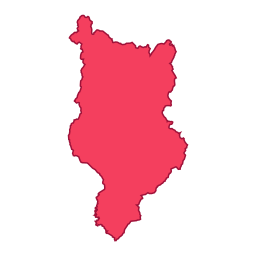 outline of Bagua, Amazonas, Peru
{"feature_id": "86281439B42703841252030", "entity_name": "Bagua", "entity_type": "district", "adm_level": 2, "iso_a3": "PER", "parent_name": "Peru", "parent_adm1": "Amazonas", "projection": "orthographic", "projection_center": [-78.445, -5.117], "detail": "fine", "context": "isolated", "style": "filled", "palette": "rose", "viewbox_px": 256, "rotation_deg": 0, "n_neighbors": 0, "source": "geoboundaries", "source_scale": "gbopen_adm2", "svg_char_len": 5700}
<svg xmlns="http://www.w3.org/2000/svg" viewBox="0 0 256 256"><path d="M178.5,169.3L180.2,169.1L180.2,167.9L181.3,165.7L181.3,164.9L182.5,163.9L183.1,160.6L184.3,159.2L185.5,155.2L184.1,153.5L184.0,152.7L185.6,150.4L185.2,148.6L186.7,147.7L186.8,146.3L187.5,144.9L186.5,144.1L184.8,141.8L184.0,139.9L184.1,138.7L183.3,138.0L182.9,138.4L181.8,138.7L180.1,137.7L179.5,135.6L179.8,133.5L180.3,132.7L178.6,133.4L177.9,132.5L175.9,131.7L174.9,130.3L173.0,129.4L171.9,128.5L171.1,128.8L170.3,128.7L169.1,128.0L168.9,127.7L168.9,126.9L169.8,124.4L171.7,124.2L172.5,123.0L172.7,122.1L171.8,121.5L170.9,121.7L168.6,121.2L167.3,121.6L167.4,120.7L166.6,120.0L165.6,118.0L164.1,116.7L162.4,113.7L162.2,112.5L162.6,110.7L163.5,110.5L163.8,108.1L164.7,107.3L165.3,106.0L167.0,105.6L169.4,105.6L170.7,105.9L171.3,105.1L170.9,103.2L171.3,101.0L169.9,99.7L168.6,98.0L168.2,97.2L167.8,95.3L168.7,92.3L169.4,91.8L169.8,92.1L170.3,92.1L171.1,91.6L171.3,90.9L172.3,90.0L172.6,88.4L173.4,86.2L174.1,86.0L174.6,85.5L174.8,84.6L174.4,80.9L174.6,79.1L175.3,78.2L176.2,77.9L175.2,75.8L171.9,70.5L173.1,69.1L172.4,67.9L172.5,66.6L171.9,66.1L171.5,65.0L169.8,63.4L171.4,62.6L171.9,60.9L173.9,57.3L173.9,56.5L174.6,55.5L174.8,54.2L176.1,51.6L175.4,50.5L174.6,47.7L173.8,46.3L173.7,45.6L173.0,46.0L172.5,45.9L172.4,44.7L172.1,44.3L171.4,44.5L170.8,45.2L169.9,45.1L169.6,44.8L169.5,44.1L169.8,43.6L171.1,42.8L171.1,41.6L169.8,40.8L169.6,40.3L168.7,40.0L168.1,40.0L166.9,40.5L166.5,40.8L166.3,41.5L164.0,44.0L161.8,43.5L160.8,43.6L158.0,44.4L157.4,45.0L157.2,45.6L156.6,46.0L155.5,47.6L154.4,49.7L152.4,52.4L151.8,52.9L151.4,54.1L150.1,55.8L149.9,54.0L148.9,52.7L149.2,50.7L150.2,48.6L148.7,47.3L148.5,45.1L148.2,44.9L147.6,44.7L146.0,47.1L145.1,46.8L143.2,47.5L141.2,46.7L140.4,46.1L139.8,46.1L139.0,46.5L137.8,48.3L135.9,47.8L135.6,47.4L135.5,45.8L132.1,42.4L130.2,43.2L126.4,43.3L125.1,44.3L122.5,44.6L121.2,44.2L120.7,43.4L119.6,43.5L117.6,42.3L115.8,42.0L113.1,42.6L112.7,42.4L112.5,41.0L111.8,40.0L112.1,39.1L111.4,39.0L109.1,37.2L108.2,35.1L107.5,34.9L102.8,31.1L99.5,30.9L98.9,30.3L97.0,29.9L95.2,31.6L95.0,32.2L93.9,32.8L93.8,34.0L93.2,34.3L92.4,34.2L91.8,33.7L91.6,32.0L91.8,29.8L91.4,27.8L90.7,26.6L91.0,26.1L91.2,24.3L92.1,23.6L92.1,21.7L90.2,20.5L89.7,19.7L89.0,17.3L88.5,16.8L87.9,16.5L86.8,17.4L85.2,17.3L84.0,15.6L83.2,15.4L81.8,15.6L80.0,17.1L79.6,18.5L77.8,20.5L77.4,21.6L77.3,22.5L78.0,24.3L77.6,25.2L78.1,25.7L78.4,26.8L77.2,28.3L77.8,29.9L78.5,30.5L78.5,31.0L77.4,31.3L77.1,32.1L76.3,32.6L75.0,32.3L74.0,32.8L73.6,33.7L72.7,34.0L71.3,35.1L70.0,36.7L69.4,37.9L70.8,39.1L71.3,40.5L71.9,41.0L72.9,41.6L74.0,41.4L74.4,42.4L76.3,43.7L77.1,44.0L78.3,42.6L79.3,42.2L81.8,44.0L81.0,46.2L81.1,47.8L80.7,48.7L81.3,49.2L82.2,49.3L82.9,51.7L82.7,52.2L81.8,52.4L81.4,52.9L80.7,55.1L80.5,58.3L81.3,59.3L83.5,59.2L83.0,60.7L83.0,62.5L84.4,64.2L84.9,64.4L83.4,67.0L81.9,68.7L81.0,70.7L81.3,71.6L81.2,72.4L81.9,73.5L82.1,75.8L82.9,76.9L82.3,77.8L81.9,79.6L80.7,80.9L80.4,85.2L80.5,86.3L81.2,86.7L81.3,87.0L80.5,89.9L79.6,92.0L78.9,92.4L77.5,95.6L77.2,97.5L75.5,99.1L75.4,99.8L74.9,100.1L74.4,101.0L74.5,101.2L75.2,101.3L75.5,102.1L76.6,103.0L77.7,102.6L78.9,102.6L79.3,102.9L79.1,104.6L79.9,106.6L80.9,107.9L81.0,109.2L80.8,110.8L81.2,111.6L81.3,113.0L81.1,113.4L80.1,114.0L79.3,116.9L78.2,119.1L77.2,119.3L76.5,119.1L75.7,119.7L74.1,120.0L74.1,120.8L73.4,122.9L72.3,123.1L71.3,123.9L71.1,125.2L70.4,125.8L70.4,127.9L69.7,129.6L69.8,131.5L69.4,134.1L68.5,135.4L68.8,139.6L69.5,139.8L69.5,141.8L70.1,143.0L70.0,144.7L70.6,145.5L71.7,149.3L72.3,149.5L73.4,150.4L72.6,153.3L73.4,155.6L74.7,155.9L75.4,155.5L75.9,155.6L77.0,155.8L78.8,156.9L80.0,160.4L81.1,162.3L82.5,162.7L86.9,162.9L87.9,163.4L92.6,168.1L95.3,169.7L97.5,172.5L99.6,173.6L99.8,174.7L101.7,176.6L102.8,178.8L103.5,179.6L102.9,181.5L102.7,182.9L103.0,183.6L104.2,184.4L104.5,184.9L104.8,187.8L104.5,189.4L99.2,192.7L98.2,194.0L99.1,194.8L97.1,196.9L96.4,197.2L96.2,197.7L96.7,199.1L97.4,199.7L97.2,200.1L97.6,200.7L97.8,201.5L97.4,203.5L97.8,203.8L96.9,205.0L96.7,205.8L97.2,206.8L95.5,207.5L95.3,208.2L97.0,209.0L97.3,209.5L97.2,210.0L96.2,210.8L95.9,210.1L95.4,210.0L95.1,210.3L95.0,211.3L95.8,211.2L96.0,211.6L95.3,212.3L95.6,213.2L95.0,214.1L95.3,214.4L95.7,214.0L96.4,214.1L96.5,214.4L95.8,214.5L95.4,215.1L94.7,215.3L95.9,215.8L95.4,216.7L95.7,217.2L96.9,217.1L97.9,217.6L98.5,217.3L98.5,218.1L99.1,217.9L99.3,218.3L98.1,220.1L96.9,220.2L96.8,221.1L95.3,221.3L96.7,223.3L96.4,223.8L95.9,224.1L95.9,224.9L97.7,225.8L98.0,225.0L98.5,224.7L99.2,225.0L100.9,224.4L102.2,225.1L102.3,225.3L102.0,225.6L102.2,226.1L103.1,226.3L104.2,227.1L104.4,227.5L104.3,228.2L105.4,229.1L105.9,230.3L105.9,231.0L107.3,231.1L106.0,232.4L106.3,233.1L107.0,233.4L107.5,233.2L108.8,233.8L111.9,235.7L112.7,236.6L112.6,237.0L114.6,237.8L114.5,239.5L115.1,240.3L115.0,240.6L116.0,240.6L116.9,239.2L118.3,238.7L119.6,236.9L120.9,236.2L121.4,235.5L122.2,235.0L123.0,233.3L124.1,232.7L124.1,231.9L124.6,229.5L127.4,225.3L127.8,224.3L129.1,223.7L130.9,221.2L136.5,220.6L137.6,220.0L138.9,220.0L140.5,219.3L140.2,216.7L140.8,215.7L139.9,214.6L139.8,212.9L138.5,210.2L139.0,207.2L138.2,206.8L137.9,206.1L136.6,205.0L138.3,204.7L138.8,204.2L139.4,202.4L140.9,199.5L141.3,199.0L142.5,198.6L142.7,198.2L141.6,196.0L141.1,195.5L143.8,194.7L145.4,194.5L147.9,192.7L149.2,193.5L151.7,193.5L154.4,192.7L155.9,190.7L155.8,189.8L156.3,187.8L157.3,187.0L157.3,186.3L157.9,186.2L158.4,185.5L160.4,184.8L161.7,183.5L162.6,183.2L163.9,181.5L165.1,181.1L165.2,180.2L166.0,179.3L166.4,178.1L168.1,177.4L168.8,174.4L169.4,173.9L169.4,173.4L170.2,173.2L170.9,172.4L171.3,171.2L171.0,169.6L171.1,168.9L175.8,166.9L176.6,167.2L178.0,169.0L178.5,169.3Z" fill="#f43f5e" stroke="#9f1239" stroke-width="1.5"/></svg>